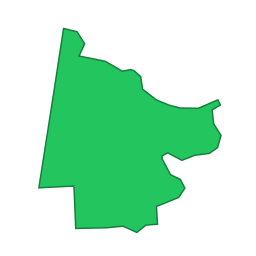 outline of Cole, Missouri, United States of America, rotated 355°
{"feature_id": "52423323B5889391019890", "entity_name": "Cole", "entity_type": "district", "adm_level": 2, "iso_a3": "USA", "parent_name": "United States of America", "parent_adm1": "Missouri", "projection": "equal_earth", "projection_center": [-92.198, 38.531], "detail": "fine", "context": "isolated", "style": "filled", "palette": "green", "viewbox_px": 256, "rotation_deg": 355, "n_neighbors": 0, "source": "geoboundaries", "source_scale": "gbopen_adm2", "svg_char_len": 653}
<svg xmlns="http://www.w3.org/2000/svg" viewBox="0 0 256 256"><g transform="rotate(355 128 128)"><path d="M219.9,107.8L199.8,114.5L181.6,112.6L170.6,108.7L158.6,102.4L145.9,90.6L145.1,77.9L139.0,71.4L135.7,70.0L127.2,70.9L111.2,59.6L85.5,52.0L92.2,40.3L85.7,27.7L72.5,23.2L58.8,79.4L58.8,79.5L34.0,179.8L69.1,181.1L67.2,223.5L97.6,225.5L114.6,225.4L127.7,232.8L137.5,226.3L149.0,226.4L149.5,208.6L172.4,201.6L179.4,192.9L175.7,183.8L166.3,178.2L159.4,161.9L159.4,158.8L165.4,156.2L178.9,164.9L192.0,161.0L206.7,160.4L215.5,155.4L220.0,143.5L213.7,131.3L213.4,117.3L222.0,113.1L219.9,107.8Z" fill="#22c55e" stroke="#15803d" stroke-width="1.5"/></g></svg>